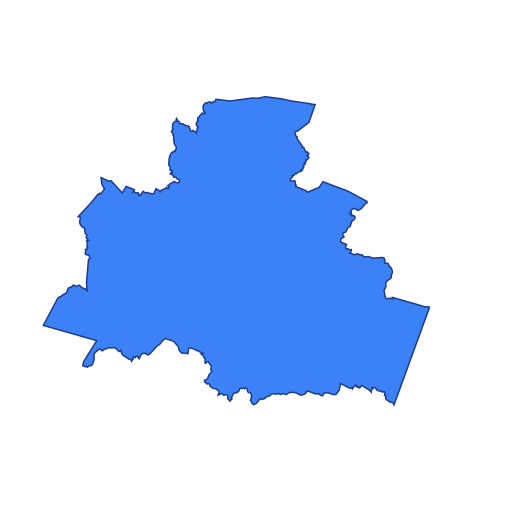 outline of Sain Alto, Zacatecas, Mexico, rotated 20°
{"feature_id": "50627088B33954526320841", "entity_name": "Sain Alto", "entity_type": "district", "adm_level": 2, "iso_a3": "MEX", "parent_name": "Mexico", "parent_adm1": "Zacatecas", "projection": "natural_earth1", "projection_center": [-103.264, 23.581], "detail": "fine", "context": "isolated", "style": "filled", "palette": "blue", "viewbox_px": 512, "rotation_deg": 20, "n_neighbors": 0, "source": "geoboundaries", "source_scale": "gbopen_adm2", "svg_char_len": 6116}
<svg xmlns="http://www.w3.org/2000/svg" viewBox="0 0 512 512"><g transform="rotate(20 256 256)"><path d="M79.9,394.0L135.3,390.0L130.2,414.1L130.7,418.3L133.4,418.5L134.4,417.8L135.7,418.1L136.5,416.6L138.7,415.2L139.3,413.7L139.3,408.8L137.6,404.2L137.6,402.2L140.5,397.0L141.8,396.7L142.9,397.5L144.2,397.6L146.0,394.8L147.4,394.3L148.7,392.5L150.9,392.1L153.8,390.7L155.7,390.7L159.7,392.5L160.4,392.4L161.3,390.9L162.8,393.1L164.9,394.7L171.8,396.4L173.7,396.2L175.2,397.5L175.3,395.8L175.8,394.8L175.0,394.0L175.4,392.8L177.4,392.8L177.4,391.7L178.5,390.7L181.3,392.5L181.9,387.8L182.6,386.4L185.5,385.2L187.0,386.0L188.0,386.0L189.5,384.7L193.7,374.7L195.7,371.9L197.4,367.1L199.2,364.5L208.0,364.4L214.2,367.9L215.8,370.7L219.1,372.6L225.5,371.0L224.6,368.0L224.6,365.9L225.6,364.8L229.8,364.6L232.8,365.3L234.4,364.6L235.2,365.3L239.4,365.4L237.9,366.9L240.5,367.6L241.9,369.3L243.2,369.9L244.8,374.1L245.5,373.9L246.0,372.5L247.3,371.6L250.3,374.0L251.4,374.2L252.5,378.4L253.9,379.4L253.9,380.1L252.4,383.8L252.5,387.4L251.6,389.3L250.1,390.3L250.6,391.7L254.0,393.0L254.3,392.3L256.0,392.2L257.4,394.1L260.9,395.1L263.7,394.5L266.7,395.3L267.9,396.5L267.9,399.7L270.8,396.9L273.6,397.9L274.3,396.9L276.0,396.3L277.2,396.9L278.2,399.7L281.1,401.3L281.3,399.8L282.1,399.4L282.3,398.5L281.1,397.4L281.7,396.4L281.5,394.0L282.4,391.9L284.3,391.6L284.8,390.2L285.8,389.8L286.2,388.1L285.9,386.7L287.0,385.3L288.4,385.3L289.6,384.3L290.7,384.5L291.1,383.5L293.1,384.0L294.6,386.3L295.6,386.9L297.2,386.4L298.1,386.8L300.2,389.6L299.8,390.6L300.4,392.6L300.0,393.5L301.8,394.7L302.1,395.5L304.5,396.6L306.6,394.5L307.9,391.3L308.0,389.7L310.2,388.3L310.9,388.6L312.9,387.0L313.9,384.7L316.9,382.5L317.8,380.4L319.1,379.6L322.4,378.9L323.8,377.6L326.4,377.8L328.6,375.9L331.9,375.8L333.6,373.3L336.6,371.7L340.0,370.8L344.1,371.5L346.3,371.2L348.6,369.5L350.0,367.2L350.0,365.7L350.8,365.2L359.3,365.2L362.0,364.1L364.4,364.8L366.4,364.6L366.8,361.8L368.5,360.7L370.4,359.9L375.4,359.9L378.4,358.9L380.0,354.1L379.2,346.9L388.4,348.1L390.4,347.8L391.3,347.0L392.0,347.6L391.9,346.6L392.4,346.6L393.1,343.7L394.2,344.0L394.3,343.3L395.3,343.9L395.3,344.5L397.4,344.6L397.6,343.8L398.6,344.4L399.6,341.4L408.0,343.2L410.9,344.5L410.4,343.1L410.5,341.3L409.7,339.2L411.2,340.5L411.6,339.5L412.8,338.9L416.0,340.9L421.3,340.2L421.4,340.6L423.3,339.5L423.8,339.8L424.4,342.9L426.2,343.3L426.0,344.6L427.0,345.9L428.6,346.7L432.2,347.4L434.5,346.9L436.6,348.7L436.6,244.8L434.3,245.0L432.9,245.9L398.4,248.2L399.3,249.6L396.3,249.8L393.4,251.6L391.9,250.9L388.0,244.6L388.7,240.6L387.3,237.8L387.5,234.8L390.3,230.8L390.5,229.8L389.7,227.5L389.8,225.1L389.4,223.7L387.3,221.0L384.8,219.9L382.4,217.7L380.0,218.6L379.2,218.4L378.9,216.3L376.9,214.1L375.4,214.1L366.9,217.9L361.7,218.1L357.8,220.0L355.5,218.6L352.9,219.4L350.7,219.0L349.1,220.4L346.3,221.5L344.9,220.9L343.2,221.3L343.8,218.2L343.3,217.3L342.3,218.0L339.6,217.8L338.8,218.4L337.6,217.9L337.0,216.9L337.2,214.2L330.6,213.8L329.9,210.8L332.2,208.0L330.1,206.3L329.9,204.8L332.2,202.6L332.7,197.5L334.4,195.9L334.1,190.7L336.0,187.6L336.0,186.8L335.6,185.3L335.0,184.9L333.7,184.7L332.4,185.5L330.3,184.2L331.7,184.2L329.6,180.9L330.3,179.4L332.5,177.4L335.8,178.4L337.6,177.0L339.2,174.3L341.0,168.9L342.1,168.2L341.7,166.8L320.2,163.6L293.5,163.3L291.9,169.8L282.6,178.5L280.8,177.5L269.2,177.1L269.6,175.8L268.1,175.0L267.8,173.1L266.6,172.0L262.9,173.8L261.9,172.4L263.1,169.2L262.6,168.2L263.9,167.6L263.7,166.6L264.3,166.5L265.1,164.7L266.1,164.7L267.0,162.5L268.5,161.8L270.0,159.9L268.9,159.8L269.8,157.9L270.3,157.8L269.7,156.7L270.5,155.9L269.4,153.7L270.7,153.1L270.7,152.6L269.7,151.0L270.7,150.7L270.1,148.9L270.7,148.9L272.1,145.3L269.4,144.1L270.6,143.0L270.5,141.5L269.9,141.7L268.4,140.5L267.7,141.2L267.0,141.1L263.6,137.6L262.3,138.2L262.1,137.2L260.2,135.6L254.5,131.8L253.9,129.9L252.6,129.7L250.3,126.9L250.5,125.9L252.7,123.9L260.0,112.3L259.8,93.5L257.6,93.9L256.7,94.8L255.7,94.2L236.3,98.2L226.1,99.6L210.0,103.2L204.3,106.9L198.7,108.7L178.4,119.3L164.8,122.4L164.7,124.7L163.5,125.3L163.3,126.2L162.7,126.1L161.7,127.6L160.5,126.9L158.5,127.7L157.7,129.2L156.4,129.1L155.1,131.8L155.1,133.9L155.9,134.8L156.8,137.4L159.3,139.1L158.9,140.1L156.6,140.0L154.0,146.6L155.3,149.0L154.8,149.2L154.5,151.7L155.2,153.5L157.6,154.6L156.9,156.1L158.1,158.9L157.2,159.8L157.5,160.7L156.4,159.7L154.9,160.3L154.0,159.5L153.3,160.9L152.1,161.1L149.0,157.4L147.4,157.0L145.7,157.6L142.1,156.8L139.2,157.7L138.3,156.2L136.6,155.9L134.3,154.0L134.3,155.0L135.5,156.2L133.6,157.3L132.5,160.7L133.4,162.4L133.4,163.6L134.5,165.0L134.1,165.6L134.4,166.3L134.0,168.1L136.8,170.1L136.8,171.1L138.1,172.1L138.9,175.2L139.9,176.1L139.9,177.0L141.2,178.9L143.6,180.6L144.2,181.7L144.4,184.8L144.2,185.1L143.8,184.5L143.1,186.4L142.6,186.2L140.9,188.6L141.1,191.5L140.6,191.8L141.1,192.4L141.0,194.2L143.0,200.5L144.2,201.0L145.1,202.3L145.9,204.8L147.1,204.4L148.8,205.5L148.9,206.1L148.0,205.5L147.2,208.1L150.5,208.5L151.5,210.1L153.5,209.3L155.9,210.7L158.2,210.9L158.8,212.4L157.9,213.8L155.5,214.4L154.3,213.9L153.6,214.8L153.0,214.6L152.3,215.9L150.5,217.4L150.1,218.9L149.1,219.7L150.9,221.1L150.3,222.8L149.4,222.9L148.6,221.9L147.4,224.2L145.1,225.7L144.4,226.8L144.4,228.1L139.0,226.9L138.7,232.5L134.2,233.7L132.7,233.3L130.3,234.5L127.7,233.9L127.3,236.1L125.8,239.3L125.1,238.9L125.3,238.4L123.9,237.7L123.8,237.0L121.1,237.8L119.2,237.1L118.4,237.9L119.0,235.3L110.2,235.0L108.7,242.5L93.9,234.8L92.2,236.1L83.6,235.3L86.4,240.8L89.5,244.0L90.8,244.6L88.8,250.7L87.6,250.5L87.0,251.9L86.4,251.9L82.7,262.8L75.4,279.8L77.9,279.8L78.6,284.5L79.6,285.9L81.5,287.5L85.5,288.8L87.6,292.9L90.0,294.3L90.0,296.7L93.2,298.6L91.9,299.0L91.6,299.8L93.2,301.4L93.2,302.7L94.2,304.7L94.0,305.1L94.8,305.3L94.6,307.4L93.6,308.2L94.2,308.4L94.7,312.3L95.3,312.8L98.9,312.6L100.7,314.9L99.8,316.6L105.7,338.6L109.0,346.4L106.4,345.3L102.7,345.3L100.7,344.0L99.6,344.0L97.6,346.1L94.4,345.7L93.8,347.3L90.5,350.5L90.5,354.8L90.1,356.2L88.1,358.0L86.1,361.6L85.4,361.6L84.2,363.0L79.9,394.0Z" fill="#3b82f6" stroke="#1e3a8a" stroke-width="1.5"/></g></svg>